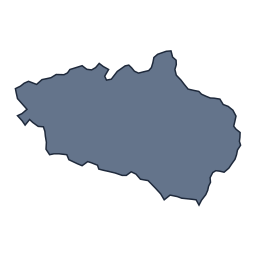 outline of Toledo, Minas Gerais, Brazil
{"feature_id": "56859067B38036328952181", "entity_name": "Toledo", "entity_type": "district", "adm_level": 2, "iso_a3": "BRA", "parent_name": "Brazil", "parent_adm1": "Minas Gerais", "projection": "mercator", "projection_center": [-46.383, -22.708], "detail": "fine", "context": "isolated", "style": "filled", "palette": "slate", "viewbox_px": 256, "rotation_deg": 0, "n_neighbors": 0, "source": "geoboundaries", "source_scale": "gbopen_adm2", "svg_char_len": 1511}
<svg xmlns="http://www.w3.org/2000/svg" viewBox="0 0 256 256"><path d="M240.6,145.2L239.4,141.4L239.9,137.4L240.1,132.5L236.0,129.2L233.7,126.2L234.8,121.6L236.0,116.1L232.9,110.2L228.2,106.4L223.2,104.5L219.9,99.1L214.3,98.2L210.3,98.0L206.1,96.3L201.5,94.2L198.8,91.4L193.8,90.4L188.1,89.1L184.2,84.3L180.9,80.0L176.3,75.2L174.9,69.5L176.3,64.6L176.1,60.2L172.6,57.1L171.0,50.9L166.2,51.3L161.0,53.1L157.6,54.3L153.9,57.5L152.9,62.6L151.4,67.6L148.7,70.6L143.6,71.8L138.5,73.1L134.4,71.2L131.6,67.8L128.8,65.1L125.1,65.9L117.3,71.4L111.3,79.2L106.5,80.1L104.7,76.2L108.6,69.5L103.1,66.4L99.2,63.4L95.6,67.6L91.6,69.9L86.8,69.3L82.1,65.7L69.9,69.5L67.5,72.9L64.0,74.7L56.2,74.5L51.0,77.7L46.9,78.6L42.0,79.6L36.6,84.4L28.5,81.3L24.2,83.2L20.4,86.2L15.4,88.6L16.2,92.7L17.5,98.6L27.0,109.3L22.0,113.6L17.5,115.7L22.2,120.9L25.1,125.1L29.6,119.5L32.7,122.4L38.2,126.4L43.4,126.8L44.9,131.4L45.4,136.4L46.4,142.3L46.0,149.2L49.6,154.7L53.9,153.8L59.2,153.8L66.8,154.7L68.9,159.7L77.3,163.7L82.1,165.7L87.7,161.6L91.2,162.7L97.5,165.2L98.8,169.1L103.5,170.3L108.1,171.3L115.2,173.0L122.2,175.4L126.3,175.4L131.2,171.8L136.0,174.1L140.4,179.2L148.1,180.6L155.4,188.1L160.7,193.9L164.2,199.8L170.1,195.1L177.4,196.6L181.7,198.2L191.4,199.2L196.1,199.8L199.0,205.1L201.5,200.2L205.8,194.6L207.7,190.3L208.6,186.2L210.5,182.3L210.1,177.7L212.7,172.6L215.8,170.7L219.4,171.1L224.1,172.2L228.8,168.2L231.9,163.6L235.0,159.3L236.5,154.9L237.5,150.0L240.6,145.2Z" fill="#64748b" stroke="#1e293b" stroke-width="1.5"/></svg>